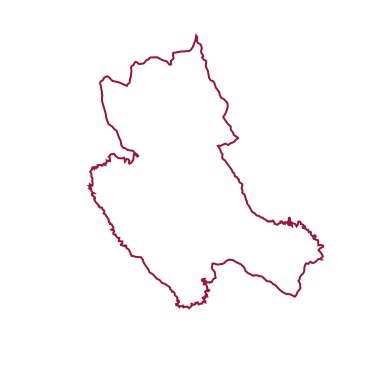 the district of El Peñon, Cundinamarca, Colombia, rotated 147°
{"feature_id": "7082276B2914130191559", "entity_name": "El Peñon", "entity_type": "district", "adm_level": 2, "iso_a3": "COL", "parent_name": "Colombia", "parent_adm1": "Cundinamarca", "projection": "equal_earth", "projection_center": [-74.297, 5.266], "detail": "fine", "context": "isolated", "style": "outline", "palette": "rose", "viewbox_px": 384, "rotation_deg": 147, "n_neighbors": 0, "source": "geoboundaries", "source_scale": "gbopen_adm2", "svg_char_len": 6066}
<svg xmlns="http://www.w3.org/2000/svg" viewBox="0 0 384 384"><g transform="rotate(147 192 192)"><path d="M124.0,212.0L124.1,213.2L125.9,217.1L125.3,219.4L125.5,223.2L123.8,226.0L124.9,229.3L125.1,237.1L124.5,238.3L122.1,239.0L117.6,242.2L115.2,244.6L113.8,247.4L114.7,252.6L116.2,255.1L115.8,258.2L114.8,261.3L115.2,266.4L113.7,272.1L113.8,273.1L115.6,275.7L115.5,278.4L112.7,284.9L112.1,289.9L108.9,293.8L108.9,294.7L110.0,296.6L110.3,299.3L108.5,299.8L108.3,300.6L108.5,302.9L107.8,305.1L105.5,307.2L104.5,310.0L104.6,311.5L105.9,313.8L105.9,314.9L105.3,316.6L103.2,319.3L103.3,320.9L106.3,317.6L108.5,316.0L112.4,313.1L115.5,311.8L117.8,311.9L125.3,316.1L132.0,318.8L133.2,317.7L134.4,314.6L135.1,313.9L138.3,313.5L139.9,310.6L140.7,310.4L141.7,311.7L141.9,314.6L142.3,315.8L144.8,318.4L148.1,324.3L149.5,324.8L150.1,325.5L151.7,326.2L153.3,327.4L154.9,327.5L156.4,326.8L157.9,327.5L162.5,326.1L166.8,328.1L167.4,330.4L168.2,331.8L169.3,331.8L172.0,330.3L173.5,330.6L175.3,329.6L176.8,326.6L180.1,322.4L182.3,320.7L184.5,318.0L185.3,317.5L187.0,317.5L188.9,316.5L193.3,323.4L198.3,328.6L199.3,334.2L200.1,335.2L203.1,335.8L206.0,334.3L208.0,334.5L209.9,333.4L210.7,330.4L212.3,327.1L213.2,324.5L214.4,322.8L214.7,321.5L215.9,320.5L217.9,317.4L221.7,304.7L223.4,301.3L225.0,294.3L223.2,290.3L223.0,287.5L221.9,284.4L223.6,277.3L223.9,274.0L225.8,269.6L225.7,266.8L223.9,264.5L223.2,262.4L219.1,258.7L218.5,255.0L217.7,253.7L217.5,251.5L218.6,251.6L219.1,254.3L220.3,255.3L223.7,250.9L226.7,249.8L229.0,249.8L229.1,250.9L227.4,252.5L227.6,254.1L229.0,255.3L231.6,254.0L230.3,257.6L232.1,258.1L235.2,260.4L236.5,263.7L236.6,266.5L239.9,267.9L241.7,266.8L242.4,266.9L242.3,265.7L244.0,262.5L245.0,263.7L245.9,263.7L246.4,264.8L247.0,263.7L248.2,263.0L248.9,263.2L249.7,262.0L250.3,263.7L250.7,263.7L251.2,262.9L252.3,263.7L253.3,263.1L254.2,264.7L256.7,265.9L257.3,264.4L257.9,264.1L258.9,265.2L259.7,264.4L260.2,265.7L261.5,264.7L261.6,266.7L262.0,266.9L263.8,265.3L266.4,264.4L266.3,262.8L267.1,260.8L268.1,259.8L268.0,257.5L269.7,255.6L270.7,253.1L271.5,252.7L271.9,251.6L272.5,251.6L273.4,253.8L273.8,252.7L275.0,253.2L274.6,252.2L274.9,251.1L276.2,251.2L275.9,250.1L274.8,249.6L275.7,248.4L275.9,247.3L275.6,245.6L274.8,244.3L276.8,244.9L277.5,244.3L277.5,243.3L276.4,240.2L277.0,239.4L277.9,239.4L278.3,236.7L277.5,231.0L278.1,230.6L278.1,230.1L277.5,228.8L276.5,228.5L276.0,227.7L276.5,226.3L275.9,224.7L276.1,223.5L276.5,222.9L277.8,222.2L276.7,219.9L277.2,218.8L276.8,217.4L277.0,214.2L278.2,211.8L277.5,210.6L278.1,209.8L277.0,208.6L277.2,207.6L277.1,205.6L277.3,204.8L277.9,204.4L280.1,204.3L279.7,203.4L278.5,202.8L278.4,202.2L278.8,201.2L280.3,200.6L280.8,199.4L280.5,198.6L279.3,198.1L279.7,196.7L279.5,194.8L279.1,193.9L278.0,193.1L280.1,190.7L277.3,188.5L278.6,186.8L280.0,186.9L280.5,186.3L277.9,183.1L277.0,183.6L276.4,182.9L277.5,180.9L276.3,177.8L277.5,171.3L275.9,170.1L275.1,168.8L270.3,165.0L270.1,161.9L270.9,159.6L271.0,157.3L270.8,150.6L271.3,148.3L270.9,146.6L269.7,144.6L268.7,138.4L267.2,136.0L266.7,132.1L264.7,129.6L262.5,124.2L263.2,122.7L262.7,120.9L263.1,119.3L262.1,119.0L261.7,117.2L261.8,116.3L262.6,115.1L261.7,111.5L262.8,110.3L262.5,107.9L263.7,108.3L263.2,106.7L264.8,106.1L266.4,106.7L266.8,105.7L265.2,104.0L265.3,102.5L264.3,102.9L262.7,101.5L261.6,101.6L261.9,100.2L261.2,100.4L260.6,99.4L258.5,98.6L257.7,96.1L254.3,96.7L253.8,97.1L253.5,98.5L253.2,98.6L251.8,96.3L250.2,96.1L249.5,97.2L248.9,96.7L247.4,96.5L247.2,95.8L247.7,94.7L247.5,93.9L245.9,93.7L244.1,92.9L243.2,93.9L242.4,94.0L240.9,92.1L240.3,93.3L240.5,95.0L240.2,95.8L240.8,96.8L240.6,97.6L239.8,97.5L238.4,96.0L237.2,97.7L236.1,96.1L235.5,97.5L235.6,100.7L235.2,101.3L234.2,101.5L232.5,99.9L231.1,100.2L231.2,100.8L232.2,102.2L231.1,103.9L230.5,107.2L232.4,108.2L230.3,110.0L231.5,111.1L231.9,112.4L231.6,112.9L230.5,113.1L228.6,112.2L230.1,111.4L228.9,109.6L229.4,108.3L227.3,107.3L226.7,106.4L225.8,106.6L225.2,105.9L224.2,105.7L223.0,106.7L220.8,107.5L219.0,107.1L216.5,112.6L217.0,117.0L214.0,120.7L212.9,120.4L210.1,117.2L205.8,115.2L203.7,114.9L201.1,115.5L197.9,115.1L194.8,112.7L193.0,108.8L190.2,104.5L189.4,100.4L190.1,96.5L189.0,92.9L187.9,91.6L186.5,88.5L184.6,88.0L182.6,86.5L182.1,85.6L179.3,83.0L177.8,76.6L175.7,74.8L174.6,73.2L174.1,70.5L172.9,68.9L171.7,62.1L170.5,58.7L168.7,55.4L165.7,53.1L162.7,48.2L160.5,48.9L158.0,50.6L153.8,52.0L151.4,55.8L151.1,59.5L149.5,60.0L148.2,61.5L145.9,62.7L143.0,63.2L141.2,64.3L138.6,67.8L135.9,69.8L135.0,69.9L133.7,68.4L130.7,69.0L129.8,67.0L128.6,66.3L126.0,66.2L122.8,66.9L121.9,66.6L120.1,64.9L120.1,66.1L119.8,66.3L117.6,66.5L117.1,67.5L116.9,69.2L117.2,72.6L117.6,73.7L117.5,74.3L115.5,75.0L111.8,74.6L111.3,75.4L112.3,77.1L115.1,78.4L112.6,82.9L115.3,86.1L115.4,86.9L114.8,87.1L114.0,86.6L112.9,86.9L112.5,87.3L112.3,88.2L112.8,89.0L114.9,88.9L115.4,91.6L114.2,93.5L114.5,94.1L116.0,94.7L115.1,96.9L116.3,97.8L116.7,99.5L118.7,101.6L118.4,102.2L116.5,100.4L116.1,101.2L116.5,103.3L117.3,105.1L118.1,105.8L117.5,106.9L117.8,108.6L118.8,109.3L120.6,107.4L123.0,106.2L122.8,108.8L125.2,111.9L125.4,114.4L124.1,116.8L124.4,117.4L125.2,117.3L126.3,115.1L127.9,115.0L126.3,111.5L126.3,109.8L126.6,109.2L127.0,111.3L127.8,112.7L128.4,111.1L128.7,111.2L129.1,114.4L130.5,116.1L130.9,116.1L131.5,114.7L132.6,115.4L132.8,116.3L132.6,118.0L133.0,118.8L134.1,119.1L134.6,117.9L136.2,118.3L138.4,118.1L140.0,120.4L139.4,121.9L139.7,123.9L140.9,123.7L141.4,124.5L142.7,124.6L143.2,125.7L144.5,125.9L145.0,128.1L146.5,130.5L146.7,132.1L148.0,133.0L149.0,135.6L150.7,137.3L150.9,139.7L152.4,142.7L151.9,148.0L152.0,152.2L151.6,153.5L150.9,154.6L151.1,155.6L149.5,160.6L149.5,162.0L150.1,163.0L150.2,164.0L149.0,165.4L148.2,168.3L146.1,170.0L145.8,170.9L145.8,172.1L146.8,174.0L146.8,175.5L145.9,176.8L146.3,177.8L146.4,180.4L147.4,181.7L146.5,184.8L147.1,186.2L146.6,189.3L147.2,200.6L148.3,203.4L148.0,204.3L145.9,206.9L146.0,209.0L145.2,212.8L145.2,216.5L144.2,216.2L143.3,215.3L137.7,214.4L136.0,211.7L133.9,211.9L129.2,211.1L127.3,211.9L124.0,212.0Z" fill="none" stroke="#9f1239" stroke-width="2"/></g></svg>